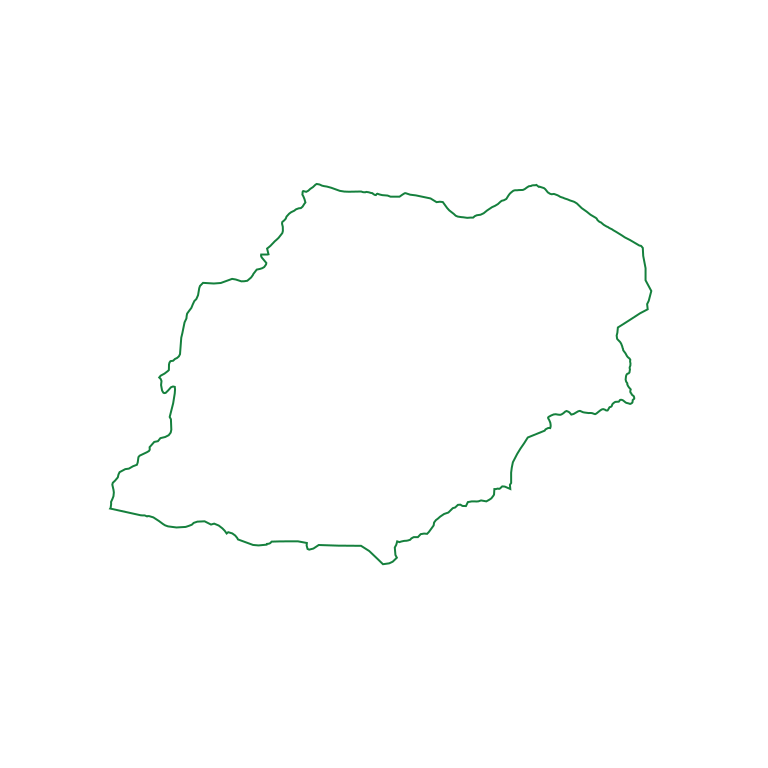 the district of Dorna-Arini, Suceava, Romania, rotated 219°
{"feature_id": "2599482B28497100220682", "entity_name": "Dorna-Arini", "entity_type": "district", "adm_level": 2, "iso_a3": "ROU", "parent_name": "Romania", "parent_adm1": "Suceava", "projection": "robinson", "projection_center": [25.454, 47.364], "detail": "fine", "context": "isolated", "style": "outline", "palette": "green", "viewbox_px": 768, "rotation_deg": 219, "n_neighbors": 0, "source": "geoboundaries", "source_scale": "gbopen_adm2", "svg_char_len": 6166}
<svg xmlns="http://www.w3.org/2000/svg" viewBox="0 0 768 768"><g transform="rotate(219 384 384)"><path d="M271.2,653.1L272.7,652.3L283.4,650.7L289.1,649.5L292.5,649.2L299.5,648.3L302.6,647.8L304.2,647.7L307.1,647.0L308.8,646.9L310.0,646.5L313.5,646.0L317.1,646.1L317.9,645.8L319.3,645.6L321.5,645.8L322.8,646.4L324.1,646.4L330.1,645.5L334.9,645.5L341.0,645.1L347.7,645.7L350.7,645.3L351.9,644.9L355.0,643.7L357.5,643.0L360.6,641.8L361.9,641.5L363.9,640.7L365.2,640.3L366.4,640.2L367.9,639.9L370.9,638.9L371.6,638.6L373.1,637.0L374.5,636.4L375.4,636.2L376.2,636.2L377.2,636.0L381.3,636.9L383.0,636.9L387.4,635.2L387.6,634.7L388.7,634.6L390.9,634.6L391.7,633.4L392.4,633.0L393.9,631.5L394.3,630.5L395.9,628.8L396.6,626.7L397.3,624.0L398.2,622.2L401.3,619.5L402.4,618.4L404.3,616.8L405.1,615.6L405.7,613.1L406.0,611.1L405.9,608.8L405.4,604.8L406.5,602.2L407.8,600.5L408.2,598.9L408.7,595.5L409.9,592.2L411.3,589.5L413.1,583.7L414.0,579.4L415.5,576.3L418.1,573.5L419.1,571.5L419.4,569.5L422.0,567.3L423.9,565.5L427.4,563.4L429.0,562.3L432.1,560.5L434.2,559.9L436.8,560.1L442.5,560.0L445.7,560.5L452.8,562.4L455.3,560.8L457.6,558.4L464.6,557.5L478.0,550.6L482.8,547.6L487.3,545.9L488.0,545.2L488.9,542.6L489.8,539.4L496.8,533.7L499.8,532.7L504.2,529.7L506.7,528.5L508.9,527.7L509.2,527.1L509.2,525.7L510.1,525.2L511.7,524.9L513.1,525.0L514.5,524.2L516.5,523.4L518.7,522.1L519.2,521.2L521.0,519.9L522.9,519.2L532.3,511.3L535.9,508.6L539.9,506.3L548.5,503.3L552.6,501.5L555.2,500.0L557.1,499.1L559.6,498.5L562.2,497.1L562.7,495.7L563.1,492.4L564.1,489.2L564.3,487.7L564.5,486.5L565.4,484.4L568.2,483.1L568.1,482.0L567.2,480.8L566.6,479.8L564.8,479.1L562.1,477.6L559.3,475.6L559.3,474.0L558.9,470.6L559.3,468.4L560.8,466.9L562.3,464.4L562.8,462.2L564.3,459.0L564.9,456.6L565.1,452.7L564.4,450.7L564.5,448.4L565.0,446.0L564.6,445.1L564.0,444.3L561.6,442.5L558.9,439.3L558.0,437.3L557.9,431.2L558.3,428.3L558.7,426.2L559.2,419.9L559.6,417.8L560.1,415.7L555.4,412.1L556.1,411.2L560.9,407.3L560.2,406.2L558.7,405.4L551.6,404.0L550.9,402.7L550.7,399.5L551.5,397.4L552.8,395.4L554.9,392.8L554.8,387.3L554.5,386.4L554.3,383.2L555.2,378.2L557.4,375.8L559.5,374.0L565.0,371.9L568.2,370.1L574.4,359.8L579.5,355.0L588.3,348.7L588.7,344.4L587.9,342.2L584.4,336.0L583.3,331.9L583.6,329.1L582.7,325.5L581.6,321.9L581.5,318.5L581.3,314.8L580.3,312.9L578.8,310.6L577.8,306.4L572.7,296.6L570.7,292.4L561.3,278.8L560.8,276.4L561.2,274.0L562.2,271.9L562.5,269.4L564.3,267.4L564.2,265.7L563.4,263.9L560.0,259.5L560.1,258.2L561.1,254.0L562.8,249.9L562.8,247.6L560.8,247.4L558.8,246.3L556.6,242.9L552.4,239.3L550.1,238.4L549.1,238.6L548.1,239.7L547.7,243.0L547.5,247.4L546.4,249.3L544.8,250.1L543.0,248.3L540.7,245.0L535.7,236.3L529.8,223.5L527.4,222.5L520.5,214.6L519.2,212.0L519.1,208.7L520.7,205.1L523.7,201.2L523.7,197.3L526.1,194.4L526.4,187.4L524.7,185.5L524.5,184.0L525.3,181.8L528.8,174.5L528.8,172.6L526.0,168.0L525.2,165.7L527.3,162.1L529.0,157.7L531.5,155.0L534.0,149.1L533.4,146.6L532.1,143.9L532.2,139.5L532.6,136.6L531.8,134.8L527.6,131.5L525.7,129.7L523.6,126.5L522.7,123.7L521.9,120.6L520.5,119.0L518.5,115.7L518.4,114.9L490.6,128.8L489.1,129.8L487.8,130.9L487.2,131.3L484.8,132.0L484.4,132.8L483.2,133.6L479.3,135.2L472.5,135.9L467.7,136.1L465.2,136.4L462.3,137.4L455.0,141.9L448.2,148.1L446.4,150.9L444.8,153.7L444.5,156.3L442.4,159.6L437.0,164.4L430.0,165.9L428.1,168.6L423.4,170.0L418.7,170.1L415.4,169.7L412.2,168.8L411.8,170.8L407.9,172.4L404.3,172.6L401.3,172.0L399.7,171.3L384.5,176.5L379.9,179.6L374.1,185.3L374.4,186.0L373.0,187.4L372.3,188.7L372.1,190.8L365.7,196.3L352.0,207.5L343.9,211.9L342.5,209.8L339.6,207.7L337.9,208.2L335.3,211.7L333.4,217.8L318.2,229.3L300.0,243.8L290.4,244.9L277.8,243.9L271.4,243.3L267.1,247.9L265.4,251.4L264.7,257.1L267.5,258.3L272.7,263.7L273.3,266.8L274.7,270.0L272.5,270.8L271.5,272.4L269.5,274.9L268.2,276.0L266.9,277.5L265.6,279.5L265.6,281.1L264.6,283.6L261.3,286.3L261.0,290.4L258.7,293.0L256.2,294.7L256.0,297.4L256.4,305.3L257.9,307.9L258.0,310.9L257.4,313.2L256.9,316.2L255.5,320.8L253.1,324.6L252.4,330.8L251.0,332.8L250.5,336.6L248.7,338.3L246.3,338.6L243.5,340.7L244.5,345.0L242.0,347.9L239.3,350.1L238.4,350.7L236.8,352.2L235.3,354.6L230.6,357.2L229.3,360.4L228.6,362.7L228.7,366.0L228.9,367.3L232.1,371.8L230.9,372.8L229.7,374.4L228.6,374.9L228.1,375.8L227.7,378.8L226.5,379.7L225.5,380.3L219.8,381.9L222.7,384.9L222.9,387.1L229.4,395.1L232.0,399.3L234.6,404.3L236.5,413.5L237.3,419.6L237.8,426.1L238.6,432.9L229.8,448.8L229.9,450.4L228.9,452.8L228.0,453.8L227.1,454.3L227.3,454.9L228.0,456.2L228.9,457.2L230.3,458.5L233.0,460.0L234.7,460.6L235.4,461.3L235.3,462.2L234.3,464.7L233.0,467.1L231.5,468.6L229.5,469.7L227.7,470.9L226.9,472.1L226.2,474.2L225.8,476.6L225.1,477.9L223.5,478.4L222.2,478.6L220.8,478.4L219.2,478.1L217.8,480.0L216.0,484.8L215.2,486.0L214.6,486.5L211.6,487.3L210.1,488.1L206.7,490.2L205.2,491.5L204.0,492.3L202.0,493.0L201.0,493.4L200.7,493.9L200.3,495.0L199.8,497.4L199.3,499.6L198.8,501.1L198.3,501.9L197.7,502.5L196.1,503.1L194.9,503.2L193.9,503.8L193.6,504.2L193.7,505.4L194.1,507.7L194.0,508.1L193.4,508.9L193.1,509.8L193.2,510.3L193.6,511.4L193.8,512.4L193.6,513.7L193.2,515.2L192.6,516.1L190.7,517.7L190.4,518.1L190.4,519.0L190.5,519.5L190.5,520.1L190.0,520.8L189.4,521.2L188.4,521.6L187.6,521.7L184.6,521.7L183.7,521.9L181.8,522.8L180.2,523.4L179.8,524.0L179.3,525.6L179.5,526.4L180.2,527.4L180.6,528.1L180.3,530.0L180.5,530.4L181.4,531.2L182.3,531.7L184.8,531.7L185.8,532.3L187.1,532.5L188.1,533.4L188.9,535.1L191.4,535.5L193.3,536.1L194.8,536.9L195.1,537.4L195.4,537.7L196.9,538.1L197.4,538.3L199.0,539.5L200.6,542.0L201.1,543.0L201.4,544.1L201.3,545.1L200.6,546.2L200.5,547.4L202.1,550.2L202.7,550.6L203.4,551.3L203.8,552.2L204.1,553.3L204.7,554.1L205.4,555.1L206.4,555.9L207.2,556.7L207.8,557.8L208.3,558.0L209.3,558.3L211.4,558.3L213.0,558.7L215.6,559.8L219.2,560.7L220.5,561.8L221.5,562.3L222.3,563.0L225.1,564.6L226.8,565.2L230.9,565.7L231.6,566.1L233.7,568.1L234.9,570.7L237.8,575.1L233.7,587.2L229.5,600.1L226.1,608.0L229.8,611.7L230.6,615.2L234.8,624.5L246.0,629.2L253.6,638.6L263.2,646.7L268.5,652.6L270.4,653.0L271.2,653.1Z" fill="none" stroke="#15803d" stroke-width="2"/></g></svg>